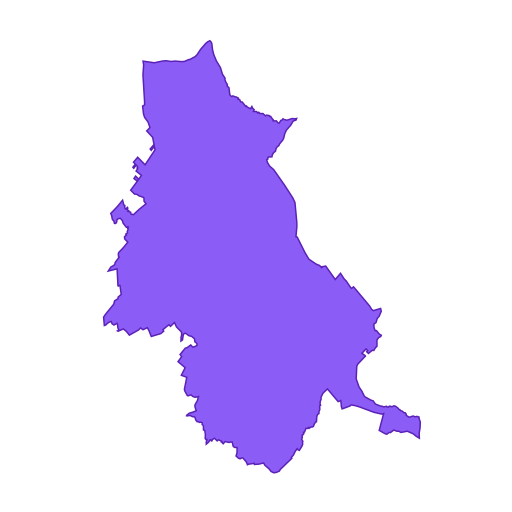 the district of Bumbesti-Pitic, Gorj, Romania, rotated 267°
{"feature_id": "2599482B28908245700119", "entity_name": "Bumbesti-Pitic", "entity_type": "district", "adm_level": 2, "iso_a3": "ROU", "parent_name": "Romania", "parent_adm1": "Gorj", "projection": "natural_earth1", "projection_center": [23.707, 45.117], "detail": "fine", "context": "isolated", "style": "filled", "palette": "violet", "viewbox_px": 512, "rotation_deg": 267, "n_neighbors": 0, "source": "geoboundaries", "source_scale": "gbopen_adm2", "svg_char_len": 6014}
<svg xmlns="http://www.w3.org/2000/svg" viewBox="0 0 512 512"><g transform="rotate(267 256 256)"><path d="M391.2,303.8L391.0,301.7L391.4,299.4L390.0,293.9L390.9,291.1L391.6,290.1L390.5,289.3L390.1,287.9L387.6,286.2L387.7,285.0L389.9,283.4L390.0,280.2L391.3,280.3L391.9,279.6L394.7,277.9L394.6,277.1L395.6,276.4L396.1,273.9L395.5,272.7L397.9,270.4L398.1,267.3L399.4,266.3L398.7,265.3L400.2,264.1L400.5,261.0L402.3,261.8L403.7,260.4L405.5,259.7L403.4,258.2L405.1,255.1L406.3,254.4L405.9,253.6L410.5,250.3L410.8,248.7L413.2,247.8L413.4,246.4L414.6,246.6L415.8,244.7L416.1,243.3L417.1,241.3L416.5,240.3L416.8,239.6L418.4,238.3L425.5,237.8L427.2,236.1L428.8,236.4L430.9,235.1L433.8,234.2L435.2,234.4L439.1,232.1L446.1,230.3L452.8,226.7L459.2,224.4L464.3,223.4L470.5,223.0L472.0,222.4L473.4,221.2L472.4,218.9L470.8,216.8L465.4,211.6L459.9,207.5L458.2,205.5L455.8,200.3L455.6,198.8L454.1,194.9L454.0,192.0L454.9,185.4L454.7,181.4L455.7,176.4L455.6,172.9L454.3,164.5L456.5,153.4L452.6,153.8L442.9,152.6L415.5,152.8L412.6,152.6L411.7,150.6L403.8,151.1L400.3,152.0L395.4,155.2L389.8,156.8L386.6,153.4L379.9,159.0L372.7,160.0L368.4,155.9L367.0,156.9L370.7,160.2L367.3,160.7L352.9,150.0L360.8,143.0L356.1,138.6L354.0,140.3L351.1,137.7L350.0,138.5L353.1,141.1L351.0,142.6L350.1,141.8L349.4,142.4L347.1,140.7L342.5,145.8L338.1,142.4L339.9,142.0L342.1,139.9L339.7,138.2L336.9,141.4L328.3,134.3L324.2,137.9L323.9,140.1L322.2,142.3L320.5,146.5L319.9,147.1L316.5,147.1L313.9,148.9L308.6,141.6L303.7,135.8L304.1,134.9L304.0,134.0L304.6,133.3L306.3,133.1L307.2,130.6L307.8,131.3L309.0,129.8L310.6,130.5L311.3,130.1L309.7,128.5L310.9,127.4L313.2,127.7L314.1,126.6L318.7,125.7L312.5,120.0L306.1,113.2L303.8,114.0L300.3,114.4L297.9,116.1L296.0,116.3L295.8,117.1L296.0,117.8L297.3,118.7L299.3,119.0L300.4,120.2L300.7,122.5L298.3,124.4L295.8,125.0L291.5,128.0L291.3,128.6L292.0,129.7L291.7,130.0L290.3,129.3L289.7,129.8L287.1,128.7L285.8,128.9L284.7,127.1L283.6,127.7L282.3,125.8L281.1,125.6L279.7,125.9L276.5,128.7L270.6,123.3L266.9,119.3L265.8,118.7L264.6,118.6L262.4,118.7L262.0,119.3L256.9,115.0L255.6,114.8L254.2,113.8L252.6,110.5L248.7,107.7L250.4,116.6L233.5,116.6L233.2,116.9L233.8,117.8L233.7,118.6L224.7,119.4L222.1,116.1L220.6,116.0L218.6,112.4L215.3,111.4L205.6,102.6L202.9,100.6L194.5,100.9L195.0,102.4L196.6,104.2L198.0,106.8L198.2,107.8L195.8,108.8L194.5,110.6L196.1,113.6L194.7,114.1L191.4,114.3L189.4,115.2L188.5,113.7L188.1,114.4L190.1,119.7L187.5,122.6L183.6,125.4L188.3,134.9L190.2,136.9L188.3,139.3L190.1,143.7L187.1,145.2L181.1,147.2L181.4,148.3L183.5,156.9L185.8,159.9L187.3,159.2L191.2,164.4L191.9,165.5L190.2,166.9L193.8,171.1L189.3,172.9L184.1,177.5L181.5,177.7L178.8,176.9L175.0,176.6L176.0,178.2L181.3,179.3L182.5,180.4L182.3,182.0L180.0,184.7L179.1,187.5L176.6,190.2L173.5,190.5L173.3,191.1L171.4,192.4L169.9,192.4L168.9,190.5L168.3,188.0L170.6,186.2L168.1,182.4L167.7,180.6L161.6,175.0L159.4,176.5L154.6,172.6L148.2,179.4L140.8,175.2L138.5,180.5L126.6,177.5L124.8,177.9L120.4,180.0L119.9,180.7L120.7,183.8L119.0,185.6L118.1,187.8L118.6,191.2L114.7,189.9L110.4,187.2L108.3,187.2L104.6,188.2L103.3,184.5L102.6,181.3L100.9,178.8L100.1,178.3L99.9,178.8L100.2,181.9L98.9,184.1L98.6,186.0L97.8,186.7L95.5,187.2L93.6,188.5L93.7,189.6L92.8,190.7L92.9,192.5L92.2,193.6L90.5,193.4L90.0,194.1L88.6,194.6L85.1,194.4L84.4,195.7L80.5,196.1L76.5,195.7L75.3,196.4L75.4,197.3L75.0,197.4L72.8,196.6L70.7,196.5L72.6,199.0L74.8,200.4L74.8,201.2L73.7,201.7L73.6,202.2L75.1,203.0L76.1,205.1L73.4,207.5L74.4,208.9L73.1,211.5L72.1,211.6L72.2,212.4L71.1,212.6L70.2,213.4L72.3,215.5L71.2,219.3L71.6,221.2L71.4,222.5L67.3,223.2L66.0,224.5L65.7,227.1L60.3,226.7L57.3,225.6L54.9,228.0L54.3,229.5L55.2,231.5L55.0,232.3L50.8,235.6L48.0,236.5L48.5,237.8L49.0,243.4L47.9,243.5L48.0,247.9L48.9,252.8L46.6,253.9L42.5,258.1L40.1,259.7L38.6,262.3L38.8,264.9L40.0,268.1L41.6,269.1L52.1,281.2L53.1,280.8L55.3,283.0L58.9,285.0L61.4,287.0L60.3,287.7L59.6,289.1L63.8,292.0L65.7,292.8L68.1,292.7L68.5,293.1L70.8,291.9L72.1,292.7L74.7,292.7L75.1,293.7L76.2,294.5L77.4,294.2L77.7,295.3L81.2,296.8L81.1,298.8L81.9,299.3L81.2,300.0L81.8,300.5L81.7,301.0L82.4,301.9L82.2,303.0L82.8,304.4L85.3,305.5L87.2,307.0L87.3,307.7L92.5,308.3L94.7,309.3L95.3,310.6L97.3,310.7L99.3,311.7L102.8,311.7L103.6,312.7L104.9,312.2L107.5,312.6L109.5,313.5L111.5,313.5L115.6,315.8L119.5,320.4L106.3,330.4L107.2,333.1L101.0,333.4L98.8,334.0L101.3,342.0L102.3,343.2L101.3,347.5L99.8,351.6L93.7,365.7L91.5,373.4L91.9,375.2L75.4,369.9L71.6,375.9L71.2,377.4L72.8,379.6L72.6,381.0L75.0,384.5L73.7,387.3L73.5,389.5L72.2,391.5L73.1,397.9L70.2,403.7L67.7,406.4L65.5,409.6L70.6,409.7L75.6,410.8L81.5,411.4L85.4,410.3L86.6,410.4L87.4,408.4L87.1,406.3L88.0,404.6L87.0,400.5L88.9,397.8L90.2,397.7L91.6,396.9L91.9,395.2L93.3,394.2L94.0,392.2L95.1,391.6L95.3,390.7L96.5,390.0L98.5,387.7L99.2,386.0L98.3,383.8L99.1,381.9L99.0,381.2L98.1,380.5L98.5,378.9L99.1,378.4L98.6,375.6L99.5,373.9L99.4,373.0L101.9,367.5L105.3,365.3L105.9,363.5L109.5,357.7L110.6,356.7L115.4,354.7L119.7,352.1L128.1,349.6L140.9,350.9L142.9,352.2L150.3,360.0L150.8,359.8L153.3,356.7L157.4,361.0L155.7,362.6L154.6,361.5L152.8,363.2L155.7,367.1L155.5,368.7L158.5,370.7L159.0,371.7L159.7,372.1L165.8,372.4L168.2,374.3L169.0,376.3L170.3,377.0L171.5,375.1L174.8,372.7L175.3,372.0L175.1,371.3L175.3,371.0L178.6,370.1L181.8,370.2L183.3,372.4L187.3,373.8L189.2,375.7L194.2,378.2L197.1,377.7L195.3,370.3L196.8,368.6L200.2,366.8L220.1,351.8L218.7,349.7L219.5,348.9L226.3,344.8L228.4,342.9L234.3,339.5L228.4,333.9L242.3,325.1L241.8,321.3L241.2,321.3L240.9,320.9L243.2,319.0L244.8,315.6L250.0,308.7L256.8,305.1L272.8,298.1L273.1,296.9L283.6,298.4L288.2,298.5L307.4,297.7L312.1,295.8L325.3,288.2L341.3,278.2L345.1,274.3L348.9,272.3L351.5,271.7L352.2,272.9L353.8,273.0L354.2,273.9L354.2,277.1L356.1,277.6L358.2,278.9L359.6,280.9L362.3,281.7L364.2,283.1L364.9,284.5L366.7,285.4L370.5,288.9L372.4,289.9L376.6,291.1L380.3,293.1L385.0,297.7L388.7,300.1L389.7,303.1L391.2,303.8Z" fill="#8b5cf6" stroke="#5b21b6" stroke-width="1.5"/></g></svg>